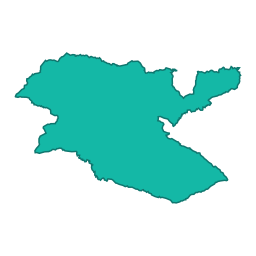 Santo Domingo, Antioquia, Colombia (orthographic projection)
{"feature_id": "7082276B22533299830679", "entity_name": "Santo Domingo", "entity_type": "district", "adm_level": 2, "iso_a3": "COL", "parent_name": "Colombia", "parent_adm1": "Antioquia", "projection": "orthographic", "projection_center": [-75.13, 6.474], "detail": "fine", "context": "isolated", "style": "filled", "palette": "teal", "viewbox_px": 256, "rotation_deg": 0, "n_neighbors": 0, "source": "geoboundaries", "source_scale": "gbopen_adm2", "svg_char_len": 5745}
<svg xmlns="http://www.w3.org/2000/svg" viewBox="0 0 256 256"><path d="M239.4,67.8L237.2,67.7L236.3,68.9L234.7,67.8L232.9,68.6L232.4,67.5L231.2,66.6L230.0,69.0L229.1,69.6L225.9,69.1L225.0,69.4L224.0,67.6L223.3,67.3L221.4,68.9L219.5,69.2L218.8,70.5L218.8,72.5L218.4,72.6L216.6,71.8L214.3,72.0L211.9,70.3L210.6,70.5L208.7,72.1L207.1,71.3L204.9,73.1L201.5,71.8L199.6,72.0L198.3,71.4L197.6,71.6L198.0,73.9L197.1,74.9L197.1,75.6L196.5,76.6L196.2,80.0L195.7,80.6L195.7,84.6L195.0,86.4L194.1,87.5L193.3,90.1L193.8,90.8L193.6,93.9L191.6,94.4L189.9,94.1L185.3,96.2L183.5,98.2L182.6,97.0L180.0,95.1L179.0,92.0L177.9,91.1L176.5,90.9L174.6,88.7L174.1,87.3L172.9,86.7L173.0,86.2L172.0,85.1L172.4,83.6L172.2,78.6L173.0,76.5L172.7,75.3L171.8,74.5L171.6,73.6L171.9,73.0L171.0,72.6L173.2,71.4L173.8,70.4L175.6,70.9L177.2,70.6L175.8,70.2L174.8,69.3L172.5,69.3L172.3,70.3L171.9,70.3L171.1,70.1L170.3,69.1L166.2,67.9L165.6,68.2L165.1,69.5L162.8,70.2L159.7,69.7L158.7,70.7L156.6,70.5L154.0,71.9L153.9,72.9L150.9,72.4L149.8,72.7L148.7,72.1L147.0,73.0L145.7,73.1L144.8,71.6L144.9,70.8L144.2,70.2L144.8,69.4L144.5,68.1L142.3,66.7L140.3,63.1L138.0,61.2L132.7,61.5L132.2,61.2L132.0,60.3L131.9,60.9L127.8,63.3L127.4,64.4L119.7,66.1L117.7,65.6L117.4,65.2L116.9,65.3L116.9,65.8L116.6,65.7L116.2,64.8L114.6,64.3L114.0,63.7L112.6,63.7L111.7,65.0L110.4,64.6L109.5,63.7L107.0,63.3L106.0,62.5L104.2,61.9L103.6,60.9L101.8,61.3L100.6,58.9L99.5,57.8L98.9,58.5L97.8,58.1L96.4,58.4L95.2,57.3L93.6,57.6L91.2,56.5L90.3,56.7L89.8,57.5L89.2,57.6L86.9,55.3L85.9,55.2L84.7,55.8L83.2,55.3L81.6,55.7L80.4,54.6L78.6,55.6L76.9,55.4L76.2,56.1L75.3,56.1L75.0,54.9L72.8,54.6L70.4,55.3L66.7,53.1L63.4,56.4L61.4,57.0L61.0,57.7L60.0,58.3L58.5,61.1L57.9,61.5L56.9,61.4L54.0,60.1L52.6,60.4L50.7,59.9L48.9,60.0L46.6,61.2L45.5,60.4L40.7,66.4L40.6,70.0L40.2,70.9L40.4,72.1L38.6,73.1L34.8,73.7L33.6,74.7L32.5,74.2L31.6,75.8L29.5,77.3L28.7,78.5L26.9,78.8L26.7,80.9L27.6,83.0L26.7,84.8L24.5,85.4L24.1,88.5L21.8,89.5L18.6,92.8L16.4,94.2L15.4,96.4L15.5,96.8L18.0,97.3L20.2,96.6L21.5,97.1L26.4,97.2L29.2,98.0L29.6,99.2L32.0,101.4L31.7,102.8L32.9,102.9L34.1,103.7L34.0,104.7L36.0,104.9L38.0,106.0L39.3,105.6L40.7,106.4L41.4,105.9L42.3,107.0L43.2,106.8L43.6,107.6L44.1,107.4L45.7,107.8L46.4,107.5L47.9,108.2L50.3,109.6L50.6,110.5L50.8,113.5L54.2,115.3L55.0,115.6L56.9,115.3L57.9,116.2L58.1,118.5L57.4,119.2L57.2,120.8L55.5,122.8L55.4,123.6L50.8,123.7L49.4,124.4L47.8,124.2L43.5,126.7L43.2,128.0L44.3,129.4L46.0,133.2L40.2,136.2L39.0,138.8L39.0,142.4L39.5,144.3L38.7,145.9L36.5,148.3L34.9,150.8L35.2,152.7L36.7,152.5L39.4,153.3L44.7,151.8L48.7,151.6L51.5,150.4L52.3,149.5L53.8,149.4L55.5,149.9L56.8,148.6L57.7,148.7L59.4,148.1L61.5,148.3L62.9,150.2L63.7,149.6L64.9,150.8L71.8,151.7L76.2,151.4L76.9,152.1L76.7,154.0L77.3,155.7L77.7,155.2L79.6,155.3L78.8,157.7L79.2,158.3L80.5,158.2L81.3,159.7L82.6,159.3L82.8,160.3L84.2,160.4L84.9,161.8L86.3,161.5L86.3,160.9L87.0,159.7L88.7,160.5L88.8,161.3L89.6,160.8L89.8,161.5L89.4,162.0L89.3,163.0L91.9,164.2L91.7,164.9L92.5,165.1L91.7,165.9L91.5,167.4L92.1,169.7L93.5,171.2L93.8,172.1L94.9,171.6L94.8,175.1L95.3,175.8L96.0,175.7L95.9,176.7L96.5,176.3L97.1,176.4L97.0,177.2L97.7,177.6L97.6,178.7L98.4,179.5L99.8,179.5L100.5,180.2L102.2,178.4L103.4,178.1L104.0,178.5L104.5,180.1L105.6,180.2L106.9,181.1L107.4,180.6L107.6,179.2L108.0,178.9L111.6,179.3L112.7,179.9L115.8,183.1L116.8,183.2L119.1,184.3L123.0,185.4L125.2,186.6L127.5,186.0L128.3,187.2L132.2,187.2L135.9,189.1L137.7,189.2L139.3,190.5L141.5,190.7L142.4,189.9L143.4,189.7L143.8,190.7L145.9,191.5L146.6,192.3L148.1,191.5L148.8,192.9L151.3,193.8L151.6,194.9L155.0,196.5L158.4,197.5L159.4,196.5L160.4,197.7L162.1,197.3L166.0,198.3L170.6,200.2L172.5,202.7L174.2,202.6L176.2,202.9L179.9,201.8L181.0,200.9L182.4,200.9L184.2,199.9L185.8,199.7L185.7,198.8L187.7,198.2L190.3,195.0L191.8,194.4L193.9,194.3L195.7,192.5L197.5,192.5L198.8,191.7L201.1,192.1L202.1,191.2L204.0,190.9L206.2,189.2L207.7,189.1L210.5,186.3L214.5,184.0L215.5,182.4L216.5,182.4L217.8,181.5L220.4,180.9L224.6,180.3L226.6,180.6L227.4,180.2L227.6,179.6L226.2,177.1L224.1,175.4L222.9,172.8L220.8,172.0L219.9,169.8L217.8,168.6L215.6,166.4L215.0,166.3L214.1,167.0L213.0,166.5L211.2,163.8L208.8,162.4L205.5,159.3L204.3,158.7L203.5,157.4L200.6,155.2L199.8,153.0L198.3,152.9L197.0,153.2L196.5,152.4L192.3,150.5L191.4,149.4L190.3,149.3L190.1,148.2L189.2,147.9L187.9,148.2L183.7,146.2L181.8,146.0L179.8,144.8L180.3,144.0L179.3,143.4L178.2,141.9L176.9,141.7L171.8,138.6L170.5,139.0L168.2,138.4L166.3,136.0L166.1,135.2L167.5,135.0L169.3,133.9L169.2,133.1L167.4,132.9L163.6,131.4L162.2,128.2L162.9,125.7L163.8,124.6L163.6,123.6L163.0,122.8L160.7,122.0L159.9,121.1L157.8,120.7L158.3,119.0L158.2,116.7L160.4,116.5L164.0,118.1L167.8,119.0L169.6,121.4L171.6,123.2L172.8,123.8L172.9,125.8L173.5,126.3L175.1,125.0L175.9,123.4L176.8,123.2L177.7,121.8L177.6,120.9L178.2,120.6L178.3,119.7L178.8,119.8L178.9,119.3L179.4,119.1L179.3,118.3L179.6,118.4L179.8,117.9L180.6,118.1L181.5,115.5L181.6,115.9L181.9,115.8L182.1,114.5L184.4,113.1L185.0,113.4L185.1,112.6L187.1,112.5L187.4,110.2L189.9,109.9L191.5,112.0L192.3,111.5L195.0,111.3L196.6,109.0L197.1,109.5L198.5,108.2L200.5,110.2L202.4,110.2L202.8,109.8L203.0,107.1L205.1,107.6L205.4,106.5L206.1,106.3L206.5,105.5L207.5,105.5L208.0,104.8L209.8,105.2L210.5,104.2L210.3,103.6L211.1,103.4L211.0,102.8L208.3,100.2L209.1,99.3L210.6,98.6L211.2,97.7L212.7,97.0L217.5,95.9L218.6,95.1L221.2,94.7L223.4,93.2L225.2,92.7L225.6,91.9L228.0,92.0L228.6,91.6L229.2,90.2L230.1,90.0L230.8,89.1L231.8,88.6L234.6,89.4L237.3,87.6L237.3,86.2L237.9,84.6L239.2,82.9L239.7,81.2L239.4,79.5L239.8,78.5L239.5,76.2L240.6,75.4L239.5,73.7L239.6,72.2L238.6,72.1L237.2,70.5L237.3,69.8L238.4,69.2L239.4,67.8Z" fill="#14b8a6" stroke="#0f766e" stroke-width="1.5"/></svg>